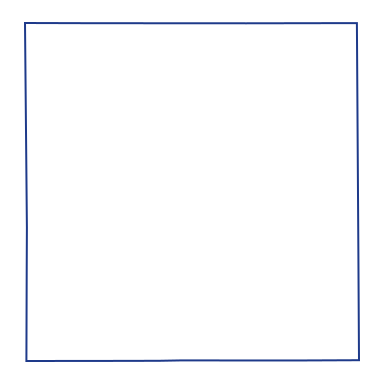 Kingfisher, Oklahoma, United States of America
{"feature_id": "52423323B31059219556593", "entity_name": "Kingfisher", "entity_type": "district", "adm_level": 2, "iso_a3": "USA", "parent_name": "United States of America", "parent_adm1": "Oklahoma", "projection": "albers", "projection_center": [-97.987, 35.945], "detail": "fine", "context": "isolated", "style": "outline", "palette": "blue", "viewbox_px": 384, "rotation_deg": 0, "n_neighbors": 0, "source": "geoboundaries", "source_scale": "gbopen_adm2", "svg_char_len": 285}
<svg xmlns="http://www.w3.org/2000/svg" viewBox="0 0 384 384"><path d="M26.4,361.0L114.5,360.9L158.9,360.8L181.2,360.4L292.5,360.5L359.0,360.2L358.4,256.4L356.9,23.1L246.4,23.3L91.2,23.2L25.0,23.0L26.9,227.7L26.7,271.9L26.4,361.0Z" fill="none" stroke="#1e3a8a" stroke-width="2"/></svg>